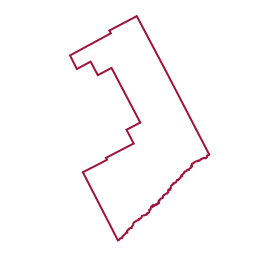 Polk, Minnesota, United States of America (orthographic projection), rotated 243°
{"feature_id": "52423323B42155101641625", "entity_name": "Polk", "entity_type": "district", "adm_level": 2, "iso_a3": "USA", "parent_name": "United States of America", "parent_adm1": "Minnesota", "projection": "orthographic", "projection_center": [-96.923, 47.836], "detail": "fine", "context": "isolated", "style": "outline", "palette": "rose", "viewbox_px": 256, "rotation_deg": 243, "n_neighbors": 0, "source": "geoboundaries", "source_scale": "gbopen_adm2", "svg_char_len": 3407}
<svg xmlns="http://www.w3.org/2000/svg" viewBox="0 0 256 256"><g transform="rotate(243 128 128)"><path d="M223.7,186.6L223.3,155.6L220.2,155.7L219.0,109.3L203.8,109.2L204.1,124.8L188.8,125.1L189.0,140.6L127.3,141.4L127.1,125.9L111.6,126.0L111.5,105.3L111.4,94.9L109.2,94.9L109.1,79.4L109.1,67.7L32.4,68.0L32.3,68.3L32.3,68.8L32.6,69.9L32.9,70.3L33.1,70.5L33.2,71.2L33.1,71.6L33.0,72.0L32.8,72.5L32.8,73.0L32.9,73.3L33.8,73.6L34.0,74.0L34.0,74.3L34.0,74.7L34.3,75.1L34.5,76.2L34.6,76.7L35.3,78.0L35.4,78.4L35.4,78.7L35.3,78.9L35.1,79.4L35.0,79.6L35.1,79.9L35.5,80.1L36.2,80.0L36.5,80.0L36.8,81.1L37.2,81.4L37.3,81.7L37.4,82.0L37.2,82.3L37.1,82.6L37.2,82.8L37.6,83.0L37.8,83.6L37.9,84.3L37.7,85.1L37.3,85.6L37.2,85.9L37.3,86.0L38.1,86.2L39.3,88.5L39.8,88.9L40.7,89.5L40.9,89.8L41.1,90.3L41.3,91.5L41.5,94.0L41.1,95.1L41.1,95.4L41.1,95.5L41.3,95.9L41.4,96.0L42.0,96.1L42.2,96.5L41.9,96.9L41.7,97.2L42.0,99.2L42.3,99.6L43.1,100.2L43.3,100.4L43.4,100.6L43.3,101.0L43.0,102.4L42.6,103.3L42.6,103.5L42.9,104.2L42.8,104.4L42.3,105.0L42.4,105.4L42.6,105.7L43.2,106.1L43.4,106.5L43.4,107.0L43.1,107.7L43.1,108.0L43.2,108.5L43.6,109.0L44.3,109.4L45.0,109.5L45.4,109.7L45.4,110.2L45.2,110.8L45.4,111.3L46.1,111.8L47.6,113.2L47.5,113.5L46.8,113.9L47.1,114.1L47.6,114.4L47.9,114.9L47.9,115.5L47.6,115.7L47.3,115.6L46.9,115.2L46.7,115.3L46.8,115.8L47.3,116.3L47.3,116.6L46.8,117.1L46.7,117.6L47.4,118.3L47.4,118.6L46.7,119.1L46.7,119.5L46.9,119.9L47.4,120.2L47.5,120.6L47.4,120.9L46.9,121.2L46.9,121.4L47.1,121.6L47.6,121.8L49.0,122.0L49.4,122.3L49.5,122.5L49.3,122.8L49.0,122.9L49.0,123.2L49.5,123.6L49.9,124.1L50.1,124.9L50.1,126.4L50.1,126.6L49.9,126.9L49.9,127.1L50.5,127.8L51.3,127.9L51.9,129.1L51.8,129.8L51.9,130.0L52.1,130.2L52.1,130.7L52.0,130.9L52.0,131.8L52.3,132.5L52.2,132.8L51.9,133.1L51.9,133.4L52.0,133.6L52.5,134.3L52.5,134.6L52.6,134.9L52.8,134.9L53.1,134.9L53.7,135.0L54.0,135.5L54.7,136.0L54.8,136.2L54.8,136.3L54.3,136.6L54.0,136.8L53.8,137.2L53.8,137.5L54.2,137.5L54.9,138.2L54.9,138.8L55.7,139.0L56.9,140.2L57.2,140.9L57.0,141.3L57.1,141.7L57.4,142.0L57.7,142.3L57.7,142.5L57.5,143.0L58.2,143.4L58.2,143.8L58.2,144.4L58.1,144.7L57.7,145.3L57.7,145.5L57.7,145.8L58.0,146.3L58.6,147.2L59.4,148.0L59.3,148.4L58.8,148.9L58.8,149.1L59.2,149.4L59.3,149.8L59.2,150.2L59.2,150.5L59.8,151.0L59.9,151.5L59.8,151.8L59.8,152.0L60.0,152.1L60.3,152.3L60.5,152.9L60.7,153.3L60.8,153.5L60.4,154.0L60.5,154.3L60.8,154.4L61.0,154.3L61.3,153.9L61.6,154.0L61.7,154.3L62.0,156.9L62.2,157.1L62.6,157.2L62.7,157.4L62.9,157.6L62.9,158.0L63.2,158.4L63.4,158.9L63.4,159.2L63.1,159.7L63.2,160.8L63.7,161.3L63.8,161.5L63.7,162.8L63.5,163.0L63.1,163.1L63.0,163.4L63.8,164.2L64.1,166.5L64.5,166.8L65.2,167.0L64.8,167.6L64.8,167.8L66.4,168.0L66.8,168.3L67.0,168.7L67.1,169.1L66.8,169.8L67.0,170.1L67.3,170.6L67.3,170.8L67.1,170.9L67.1,171.2L67.4,171.7L67.5,172.1L67.3,173.9L66.9,174.5L67.0,175.0L67.2,175.5L66.9,175.9L66.6,176.0L66.6,176.5L66.8,176.6L66.8,176.8L66.8,177.0L66.6,177.4L66.6,177.6L66.7,178.0L67.1,178.3L67.2,178.7L67.1,179.0L66.9,179.3L66.9,179.5L67.1,180.0L67.1,180.4L66.9,180.9L66.9,181.2L67.1,181.4L67.1,181.6L66.4,182.8L66.2,182.9L65.9,183.1L65.7,183.4L65.7,183.6L66.0,184.4L66.1,185.0L66.3,185.2L66.7,185.4L67.2,185.5L67.3,185.6L67.3,186.0L67.5,186.2L67.5,186.4L67.5,186.6L67.3,186.8L67.3,187.3L67.3,187.8L67.5,188.1L67.5,188.3L161.9,187.6L223.7,186.6Z" fill="none" stroke="#9f1239" stroke-width="2"/></g></svg>